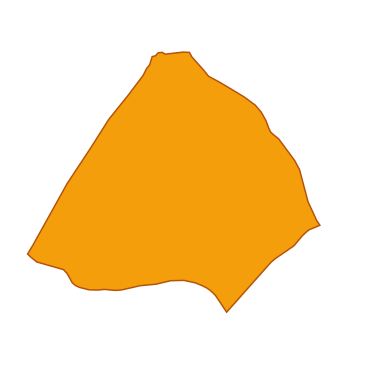 Marowijne, Albers equal-area conic projection, rotated 291°
{"feature_id": "SUR-67", "entity_name": "Marowijne", "entity_type": "District", "adm_level": 1, "iso_a3": "SUR", "parent_name": "Suriname", "parent_adm1": "", "projection": "albers", "projection_center": [-54.373, 5.594], "detail": "fine", "context": "isolated", "style": "filled", "palette": "amber", "viewbox_px": 384, "rotation_deg": 291, "n_neighbors": 0, "source": "natural_earth", "source_scale": "10m", "svg_char_len": 924}
<svg xmlns="http://www.w3.org/2000/svg" viewBox="0 0 384 384"><g transform="rotate(291 192 192)"><path d="M258.2,276.5L251.5,284.3L224.5,303.8L210.0,318.7L206.8,323.3L206.7,323.2L198.6,314.8L195.5,313.0L190.7,310.7L178.4,306.5L159.3,293.4L154.6,290.9L92.2,267.4L103.5,251.5L105.3,247.8L106.7,244.2L107.7,240.0L108.2,235.3L108.4,228.0L106.6,216.1L101.5,203.8L93.0,191.4L85.9,177.1L75.3,161.3L72.6,155.5L69.7,145.2L67.0,139.8L64.2,132.3L63.6,129.7L62.6,120.8L63.0,116.5L64.4,112.7L71.1,104.7L73.5,99.8L71.0,72.3L73.4,64.9L75.2,60.7L85.9,62.6L155.0,72.4L197.2,81.7L230.1,88.3L258.7,97.5L283.3,104.6L291.2,105.4L295.4,106.9L304.1,106.3L306.1,109.1L309.7,110.5L311.7,114.0L311.1,117.6L319.4,133.5L321.4,139.6L318.1,143.4L310.0,159.1L306.0,165.9L304.2,179.6L299.5,206.3L295.8,219.8L291.5,227.8L285.3,235.3L279.4,240.5L276.1,244.0L274.8,247.2L272.7,253.8L258.2,276.5Z" fill="#f59e0b" stroke="#b45309" stroke-width="1.5"/></g></svg>